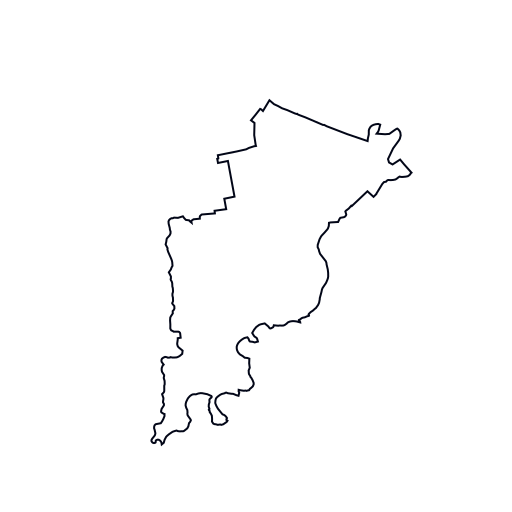 Adjud, Vrancea, Romania (Albers equal-area conic projection), rotated 57°
{"feature_id": "2599482B44927055134787", "entity_name": "Adjud", "entity_type": "district", "adm_level": 2, "iso_a3": "ROU", "parent_name": "Romania", "parent_adm1": "Vrancea", "projection": "albers", "projection_center": [27.21, 46.112], "detail": "fine", "context": "isolated", "style": "outline", "palette": "ink", "viewbox_px": 512, "rotation_deg": 57, "n_neighbors": 0, "source": "geoboundaries", "source_scale": "gbopen_adm2", "svg_char_len": 6109}
<svg xmlns="http://www.w3.org/2000/svg" viewBox="0 0 512 512"><g transform="rotate(57 256 256)"><path d="M346.3,435.6L349.8,436.9L350.2,437.2L351.1,438.2L351.6,439.2L352.7,442.6L353.5,444.0L354.4,444.5L355.6,444.5L356.5,444.2L357.3,443.5L357.7,442.5L357.7,441.8L357.3,441.4L356.8,441.1L356.3,440.6L356.1,439.8L356.5,438.4L357.2,437.6L358.8,436.9L360.1,436.8L360.9,436.9L362.7,437.7L362.4,435.1L360.3,432.7L358.7,429.8L358.4,428.5L358.1,426.1L358.0,422.5L358.0,421.7L358.4,420.0L359.1,417.7L360.2,417.0L361.2,415.9L363.3,412.6L363.5,411.6L363.2,408.3L363.1,407.5L362.0,405.5L359.7,403.2L359.2,401.5L358.3,400.1L357.5,399.9L352.9,400.1L352.0,400.0L350.8,399.4L350.0,398.7L347.8,397.5L345.4,397.2L343.1,396.5L341.7,395.5L340.3,394.0L338.5,391.0L338.1,390.0L337.5,387.8L337.4,385.7L337.6,384.5L338.2,383.3L339.3,381.7L339.9,379.3L340.8,377.2L341.8,375.8L345.4,372.1L349.1,369.7L349.4,369.7L349.9,369.8L350.3,370.2L350.4,370.5L350.6,372.1L350.8,372.8L351.2,373.4L352.3,374.1L353.2,374.5L354.9,376.5L356.6,377.7L358.9,378.3L359.1,379.2L359.6,379.4L361.0,379.3L361.6,379.8L362.2,379.9L363.1,379.7L365.9,380.0L368.8,381.6L370.9,383.1L373.3,383.1L374.3,382.5L375.3,381.3L376.8,380.0L377.8,377.8L378.7,377.1L379.3,375.1L379.2,371.2L379.1,370.7L378.6,369.6L377.4,370.1L376.7,369.6L376.1,368.6L374.8,368.6L373.3,368.8L371.8,369.4L370.6,370.3L370.0,370.4L363.3,371.1L360.3,370.9L357.6,370.4L356.9,370.1L355.1,368.7L353.9,367.4L353.6,366.9L353.2,365.5L353.0,363.9L352.9,361.4L353.1,359.8L354.1,356.9L354.0,356.2L354.4,355.3L355.7,354.4L358.1,351.7L359.2,350.2L362.0,348.3L363.7,346.8L361.5,344.5L360.1,344.3L358.8,343.4L360.2,342.1L362.4,339.6L363.2,338.0L364.0,337.3L364.2,336.4L364.8,334.9L364.1,333.5L364.0,332.1L363.6,329.7L362.4,327.9L361.2,327.1L358.4,326.5L355.6,326.3L354.5,326.5L353.4,326.2L351.3,326.2L350.3,325.8L348.0,324.5L346.3,322.1L342.3,320.2L338.5,317.5L336.9,318.7L335.1,320.9L332.8,321.6L330.0,323.0L329.2,323.2L327.0,323.5L324.8,323.2L323.4,322.7L321.7,321.7L320.6,320.5L319.8,319.2L319.2,317.9L318.7,316.0L318.4,313.6L318.4,311.1L318.6,310.0L319.5,307.5L321.2,307.3L323.4,307.8L324.5,307.6L326.0,305.7L327.8,304.1L328.8,301.0L326.2,300.2L325.0,300.1L322.7,301.1L321.5,301.2L318.5,301.1L316.8,297.8L315.7,294.5L315.5,290.8L315.9,289.1L317.3,285.4L321.9,284.0L323.3,284.0L324.5,283.6L324.8,282.9L325.0,281.1L325.0,280.4L324.6,279.6L323.8,278.8L326.6,275.3L327.0,274.3L328.6,272.0L329.3,270.7L329.5,269.3L329.4,267.1L329.1,265.8L329.1,265.0L329.4,263.4L329.9,262.1L330.7,260.5L331.8,259.0L333.1,257.5L335.8,255.1L335.4,254.9L333.7,254.9L333.1,255.0L333.0,254.9L333.2,253.3L333.0,251.7L333.2,250.4L334.0,248.5L334.4,246.0L335.0,244.3L334.9,244.0L334.5,243.8L333.6,243.7L333.3,243.1L332.8,240.6L332.8,238.2L332.3,235.1L332.3,234.2L330.9,230.6L329.6,228.6L326.7,225.8L326.2,225.6L321.9,220.8L320.0,218.9L319.1,217.6L316.7,211.9L314.9,209.2L313.8,207.8L312.5,206.6L309.5,204.7L306.3,203.1L301.5,201.4L300.1,200.7L298.4,200.3L289.1,201.1L286.2,200.4L284.7,199.8L282.2,199.5L280.3,198.2L276.6,193.6L275.1,190.9L274.7,189.9L273.7,185.8L272.5,181.6L272.1,180.7L270.5,178.6L267.9,176.7L268.5,175.1L272.2,168.6L270.5,166.0L269.9,164.5L271.3,161.2L271.4,160.6L271.4,159.6L270.9,158.3L270.5,157.8L270.0,157.6L267.3,156.8L267.0,156.1L266.7,152.3L265.7,148.7L266.3,148.5L262.4,127.3L270.4,125.2L269.6,121.4L269.4,121.3L264.4,110.9L263.7,108.4L264.5,106.5L264.1,105.2L264.2,103.8L265.8,101.6L267.0,99.4L267.8,97.3L267.8,95.4L267.6,93.9L267.6,92.3L268.7,91.3L269.7,89.7L271.0,87.2L271.8,85.2L271.7,83.1L271.3,81.8L270.9,81.3L270.8,80.2L259.6,81.9L253.6,82.6L253.6,91.6L250.0,93.5L246.6,92.5L240.4,82.4L237.0,73.5L236.0,71.5L233.7,69.0L231.0,67.7L229.5,67.5L227.8,67.6L226.2,68.0L225.9,68.8L225.9,71.1L226.2,77.7L224.2,81.4L219.1,88.2L218.3,86.0L217.5,84.7L213.5,80.3L211.8,81.6L210.7,83.8L210.0,86.0L209.8,88.0L210.0,89.5L211.0,91.6L212.0,92.9L215.6,95.3L218.3,98.1L220.4,99.8L203.5,113.1L185.6,126.1L183.2,127.4L182.6,128.4L166.6,139.1L160.9,143.3L159.9,143.9L159.2,144.0L159.0,144.6L157.7,145.7L150.7,150.3L146.3,153.7L142.3,155.8L138.5,158.2L132.7,159.9L138.2,171.2L135.8,171.8L134.9,172.4L137.4,179.7L139.5,186.3L143.6,184.8L153.7,191.7L162.7,195.8L163.7,196.1L162.9,197.9L161.5,203.1L161.2,206.1L157.8,215.3L150.7,233.1L153.6,234.4L153.7,234.5L153.4,235.6L157.3,237.2L161.0,227.8L194.5,241.7L190.7,251.4L200.5,255.5L195.5,266.1L197.9,267.3L191.7,278.8L191.6,279.1L191.8,280.0L192.0,281.2L192.4,281.7L194.1,282.8L191.2,288.4L191.3,291.2L193.0,291.9L190.8,292.6L189.6,292.7L187.6,295.1L187.3,295.2L185.1,295.6L182.9,295.7L181.5,300.7L179.2,303.8L179.0,305.3L178.3,306.4L178.2,307.9L178.6,309.5L179.4,310.6L181.4,311.7L185.6,313.1L186.9,313.8L189.1,314.4L190.6,315.5L191.7,317.3L192.6,320.8L193.1,321.7L195.2,323.5L197.1,325.5L201.3,325.9L202.2,326.7L204.6,327.4L212.0,328.6L214.2,329.1L215.7,329.7L218.8,331.4L219.6,333.0L220.9,334.7L222.2,338.0L226.8,338.5L228.5,339.6L228.9,340.2L229.8,340.5L231.7,340.6L233.2,341.1L236.1,342.8L237.5,343.2L240.1,344.6L241.0,345.3L242.2,346.7L243.8,347.7L245.8,348.4L246.9,349.1L248.0,349.7L248.9,350.4L249.9,352.0L250.9,352.1L253.5,351.8L254.9,352.6L255.7,353.1L256.5,354.5L256.8,355.8L257.6,356.4L258.8,357.0L260.3,360.4L261.0,361.5L263.3,363.2L266.7,365.1L270.2,367.4L271.9,367.6L272.4,367.5L273.7,366.6L274.6,366.3L277.2,362.3L277.9,361.8L279.0,361.6L279.7,361.8L283.5,363.7L282.3,366.4L283.4,367.1L286.4,369.7L287.0,370.1L288.8,370.7L290.3,370.7L295.4,369.1L297.9,371.2L298.3,374.6L298.1,376.6L297.8,377.8L296.6,379.9L295.8,381.2L294.2,382.9L294.3,383.5L293.3,385.3L292.2,386.0L291.1,387.2L290.8,389.0L290.9,390.8L291.7,391.9L292.6,392.5L293.5,392.8L296.8,392.6L297.0,393.8L298.3,395.7L299.0,396.4L300.4,397.3L301.9,397.9L305.8,397.9L306.6,398.4L308.0,399.8L311.0,400.7L313.0,401.9L314.0,402.6L314.8,403.6L319.3,406.5L320.1,407.5L320.7,410.0L324.7,411.0L325.8,411.8L327.5,413.3L328.1,413.7L330.0,413.8L331.1,414.6L332.8,418.4L334.4,420.1L335.2,420.5L335.9,420.4L338.2,419.3L338.7,418.8L340.4,419.9L342.3,422.6L343.5,424.8L344.4,426.9L342.5,431.6L342.5,432.2L342.8,433.3L343.5,434.2L344.4,434.9L345.2,435.4L346.3,435.6Z" fill="none" stroke="#020617" stroke-width="2"/></g></svg>